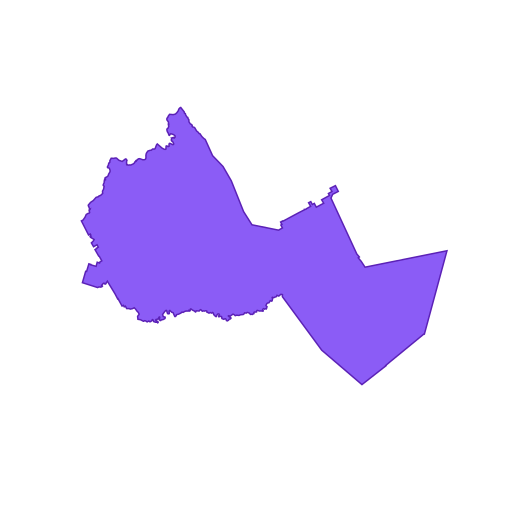 Kentish, Tasmania, Australia (Mercator projection), rotated 231°
{"feature_id": "25037944B6865905771327", "entity_name": "Kentish", "entity_type": "district", "adm_level": 2, "iso_a3": "AUS", "parent_name": "Australia", "parent_adm1": "Tasmania", "projection": "mercator", "projection_center": [146.299, -41.463], "detail": "fine", "context": "isolated", "style": "filled", "palette": "violet", "viewbox_px": 512, "rotation_deg": 231, "n_neighbors": 0, "source": "geoboundaries", "source_scale": "gbopen_adm2", "svg_char_len": 6152}
<svg xmlns="http://www.w3.org/2000/svg" viewBox="0 0 512 512"><g transform="rotate(231 256 256)"><path d="M89.4,257.4L88.9,287.9L89.3,287.9L89.4,293.4L89.7,337.7L89.4,337.8L139.9,407.7L178.7,333.7L185.7,334.4L190.2,334.3L190.2,335.7L194.1,335.6L253.8,350.7L255.7,354.4L254.4,360.6L260.7,362.0L262.0,356.2L258.3,355.6L259.0,351.6L256.8,351.2L258.4,342.4L254.4,341.8L256.0,333.6L260.2,334.4L260.6,332.2L263.8,332.8L264.3,330.4L260.2,329.7L261.0,324.9L260.9,324.2L261.5,323.3L261.3,323.3L262.8,316.2L265.9,299.9L266.2,298.7L266.5,298.7L266.9,296.5L264.2,296.0L264.4,294.8L261.2,294.2L261.9,289.8L282.8,272.5L298.3,274.3L329.9,284.1L346.3,286.7L361.3,285.4L378.5,289.9L380.2,289.4L383.0,289.1L386.3,289.4L386.9,288.9L389.0,288.9L390.4,288.5L394.2,289.1L395.2,288.8L395.8,288.2L396.6,287.9L397.3,288.1L397.7,288.7L399.0,288.6L399.8,288.1L402.2,288.3L403.2,288.8L403.9,289.5L405.7,289.7L406.6,290.2L407.4,289.8L409.9,290.1L411.1,290.7L412.1,290.3L413.1,290.9L418.8,291.0L419.0,290.2L418.9,289.0L418.6,288.2L417.8,287.0L417.2,284.8L417.0,282.7L418.0,280.6L420.5,278.0L419.9,275.8L419.3,274.7L419.2,273.9L418.7,273.0L417.8,272.4L415.7,272.3L416.0,272.5L415.2,272.2L413.7,271.3L413.9,271.2L413.8,270.9L411.6,269.7L410.8,268.3L410.7,266.7L410.1,266.1L408.4,265.3L407.1,265.2L404.6,264.4L404.3,264.5L404.2,264.8L404.6,265.8L404.7,266.7L402.3,268.3L400.5,268.7L400.1,268.6L399.3,267.9L399.0,266.9L399.3,266.6L399.3,267.1L399.9,266.8L400.6,265.2L400.2,265.4L400.6,265.0L400.7,264.6L399.9,263.6L399.0,262.9L398.7,262.9L398.8,263.2L398.1,262.9L397.1,263.2L395.6,262.9L394.9,262.6L394.6,262.1L395.0,261.3L397.4,260.2L398.0,259.6L397.8,259.0L396.0,257.4L396.4,256.5L397.7,256.0L398.0,255.4L397.8,255.1L395.8,253.3L396.0,252.5L396.8,251.8L399.0,250.9L405.2,249.8L405.0,248.7L402.9,245.1L403.2,243.9L404.0,243.4L404.2,242.9L404.1,241.1L404.7,240.4L405.6,238.0L405.0,235.9L404.4,234.8L403.3,233.6L401.8,232.5L400.9,231.4L400.8,230.8L401.0,230.0L401.9,228.7L404.8,226.9L405.4,226.0L405.6,224.6L405.4,223.9L405.5,223.6L405.7,222.8L405.5,222.2L405.2,222.8L405.4,223.7L405.0,222.3L405.4,221.3L404.8,219.9L404.8,218.7L405.5,216.0L406.6,214.7L407.1,213.7L408.2,213.5L408.4,213.0L410.2,214.3L411.7,215.8L411.7,216.0L413.3,216.0L413.6,215.5L413.7,211.5L416.7,209.7L419.9,209.2L420.8,208.2L421.4,206.9L423.1,205.0L422.1,202.5L420.9,201.5L420.7,200.7L420.9,200.5L420.6,199.7L419.6,198.5L418.7,196.5L418.0,196.3L417.1,197.0L416.4,197.2L414.4,196.5L413.7,196.0L413.1,195.0L412.4,193.0L411.4,191.5L411.3,190.4L411.5,189.2L411.4,189.3L411.4,188.8L411.6,188.7L411.0,186.8L410.6,186.6L410.2,186.8L410.0,187.6L409.9,187.0L410.6,186.4L410.3,185.8L409.6,185.3L409.6,185.1L408.5,184.1L407.7,182.4L407.2,181.8L406.7,181.7L405.8,181.9L403.8,179.5L403.0,177.5L401.1,176.2L400.9,173.5L401.5,171.6L401.3,170.8L402.2,168.6L401.5,164.4L401.8,161.2L401.1,157.7L400.6,157.3L397.9,156.6L396.8,155.5L396.7,156.5L396.5,156.2L396.7,155.4L396.5,155.0L394.5,154.1L394.3,153.5L394.9,151.9L395.1,150.2L393.7,147.4L392.8,144.1L393.2,142.4L377.7,139.1L377.4,141.0L376.1,140.8L375.7,139.5L374.6,139.9L374.5,139.2L370.7,140.6L370.0,138.9L369.8,136.3L365.4,135.6L364.8,139.5L362.1,139.0L362.4,136.9L362.0,136.8L362.3,134.9L354.9,133.7L354.3,134.0L349.3,133.1L349.6,130.9L349.0,130.0L351.1,128.7L348.6,125.2L353.2,122.0L353.4,122.3L355.1,121.2L350.6,114.6L351.3,114.0L344.5,104.3L331.1,113.1L331.0,113.9L330.7,114.6L329.5,115.8L329.1,116.9L329.2,117.7L329.4,117.7L329.4,117.0L329.7,116.8L330.4,117.5L330.3,117.8L330.5,118.3L330.5,119.0L330.7,119.3L330.8,120.1L330.5,120.8L329.1,121.0L328.9,122.0L329.6,123.0L329.6,123.8L329.9,124.6L315.2,122.6L309.7,121.5L309.7,121.9L301.4,120.4L301.1,121.9L299.4,121.6L299.2,122.9L296.5,122.4L294.9,124.4L293.9,124.8L292.8,126.9L292.4,128.8L290.3,129.0L288.2,128.8L286.2,129.0L284.4,128.6L284.0,127.9L284.0,127.1L283.5,125.9L281.1,124.4L279.2,126.1L276.2,127.4L275.9,127.8L275.9,128.6L275.2,129.3L273.3,129.9L272.9,131.8L271.7,132.1L271.3,132.8L271.3,134.4L271.8,135.4L271.6,135.7L271.0,135.7L269.4,135.2L267.7,136.3L266.7,137.5L265.9,137.6L266.0,138.2L266.8,138.5L269.0,137.6L269.4,137.7L269.6,138.3L268.7,140.1L269.5,142.2L269.3,142.7L269.1,142.7L267.3,140.7L266.1,140.9L265.8,141.4L266.0,141.9L265.9,142.2L265.0,144.0L264.7,145.9L265.6,146.9L267.3,145.8L269.3,146.6L270.2,149.9L270.4,151.2L270.3,152.0L269.8,152.2L267.3,151.1L266.4,151.2L265.9,152.0L265.8,152.4L267.5,153.5L268.0,154.3L267.9,154.8L265.3,155.1L264.2,155.9L260.1,154.8L259.8,155.0L259.8,156.5L260.3,156.9L260.4,157.4L259.5,159.3L258.9,161.8L259.0,163.2L258.1,163.8L257.6,166.4L257.1,167.0L256.9,167.6L256.3,168.1L255.7,169.0L256.0,169.7L255.6,169.8L255.2,169.5L254.9,169.9L255.1,170.6L256.0,171.4L255.9,172.1L253.9,172.6L252.0,173.5L250.6,173.7L250.5,174.1L251.0,174.9L250.9,175.2L249.0,177.2L249.3,178.9L249.1,179.3L246.9,179.5L246.4,180.6L245.5,181.4L245.2,182.3L244.3,183.1L243.1,182.5L242.3,183.1L241.2,183.5L240.8,184.9L239.6,185.5L239.4,186.0L239.5,186.6L239.3,186.7L238.5,186.9L236.9,186.2L235.8,186.6L234.7,186.4L234.2,186.7L233.9,187.0L234.0,187.4L234.7,188.5L235.0,189.7L234.4,190.7L233.4,190.6L233.1,190.1L233.0,189.4L232.6,189.0L232.1,188.9L231.4,190.5L231.0,190.9L230.1,191.0L229.4,190.3L228.7,190.2L227.1,191.1L226.7,192.5L226.4,192.8L225.7,192.9L224.4,192.4L223.6,192.9L223.4,194.2L223.7,195.6L223.2,196.5L223.4,197.4L223.9,197.6L225.5,196.9L226.7,196.7L226.9,196.9L226.8,197.2L225.5,198.2L225.3,201.5L224.2,202.1L222.7,202.3L222.2,203.7L220.5,205.4L220.1,206.9L218.6,209.2L218.5,210.0L219.0,211.3L217.7,212.6L217.8,213.3L217.5,213.9L215.8,214.9L214.1,214.9L213.3,216.1L212.9,216.3L212.7,217.0L212.9,217.7L212.6,218.2L213.4,218.8L213.5,219.3L212.2,221.2L212.9,222.0L213.0,222.6L212.7,223.0L211.0,224.1L210.1,225.4L208.7,226.7L209.0,227.2L209.7,227.0L210.1,227.3L210.4,228.4L210.3,228.8L209.3,229.2L209.2,230.2L208.4,230.5L208.6,231.2L209.7,232.7L210.8,232.5L211.3,232.6L212.2,234.4L212.2,235.3L211.5,236.6L212.3,239.0L211.1,239.7L211.0,240.3L212.3,241.9L213.6,242.5L213.5,242.9L212.6,243.3L212.4,243.7L212.2,244.6L211.6,246.3L212.2,247.6L210.5,248.5L210.6,251.1L209.7,252.1L209.1,252.2L208.6,251.5L207.7,250.9L141.4,247.8L89.4,257.4Z" fill="#8b5cf6" stroke="#5b21b6" stroke-width="1.5"/></g></svg>